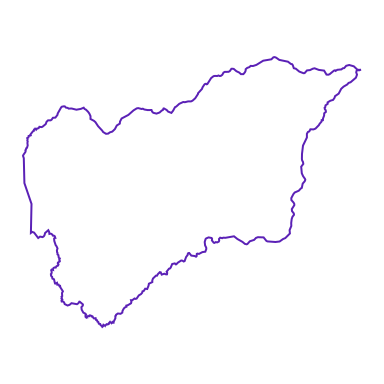 Lalaua, Nampula, Mozambique
{"feature_id": "85939544B71599092008043", "entity_name": "Lalaua", "entity_type": "district", "adm_level": 2, "iso_a3": "MOZ", "parent_name": "Mozambique", "parent_adm1": "Nampula", "projection": "natural_earth1", "projection_center": [37.97, -14.47], "detail": "fine", "context": "isolated", "style": "outline", "palette": "violet", "viewbox_px": 384, "rotation_deg": 0, "n_neighbors": 0, "source": "geoboundaries", "source_scale": "gbopen_adm2", "svg_char_len": 5846}
<svg xmlns="http://www.w3.org/2000/svg" viewBox="0 0 384 384"><path d="M263.2,60.7L256.4,64.9L253.0,66.0L250.6,65.9L249.4,67.1L247.2,67.9L245.7,69.2L245.6,70.8L244.9,72.3L243.4,74.1L240.9,74.1L239.3,72.6L236.4,71.2L233.7,68.9L232.0,68.7L231.4,68.8L229.9,71.0L228.6,71.8L224.7,71.9L223.5,72.6L222.3,74.8L220.8,75.9L219.6,76.0L218.5,75.5L217.2,76.0L214.9,75.9L213.5,76.2L211.1,78.1L207.3,84.1L206.6,84.3L206.0,83.8L205.2,83.9L204.4,84.5L202.5,87.4L202.0,88.9L198.0,93.3L198.0,94.0L195.2,98.3L192.5,100.7L191.0,101.4L188.1,101.4L184.9,102.2L183.2,102.0L179.3,103.8L176.2,106.6L175.0,107.2L173.1,110.7L171.4,112.9L168.1,111.6L166.7,110.0L163.9,108.4L163.5,108.5L162.8,110.1L161.8,110.5L159.6,112.5L156.5,113.6L153.3,112.8L152.1,111.6L151.5,110.0L147.8,110.1L144.3,109.5L142.8,108.7L141.7,109.0L138.2,108.1L136.7,108.4L133.5,110.4L128.4,114.9L121.6,118.5L120.0,121.6L119.8,123.6L116.8,125.5L114.9,129.1L112.3,131.6L109.8,132.4L108.2,133.6L106.0,133.8L103.1,132.0L102.2,130.6L98.1,126.2L95.4,122.1L93.9,120.8L90.5,119.0L90.5,116.1L89.3,113.5L88.0,111.7L86.0,109.7L84.5,108.9L83.7,107.7L80.8,108.9L76.4,109.7L71.6,108.5L68.6,108.6L67.7,107.9L65.9,107.6L64.8,106.4L63.9,106.3L61.9,106.7L61.2,107.3L57.7,113.5L57.5,114.8L55.4,117.6L52.9,117.8L51.6,119.7L50.7,120.3L48.1,120.3L46.6,121.7L45.7,124.1L42.4,126.8L41.4,127.1L39.4,126.8L38.6,128.2L37.2,128.5L36.4,129.4L36.2,128.8L35.2,128.6L34.9,129.3L34.3,129.3L33.9,129.8L33.9,130.8L33.1,131.1L30.8,134.0L30.4,134.6L30.6,135.1L30.2,135.1L30.1,135.6L28.6,136.0L28.4,137.5L27.2,138.1L27.6,139.6L27.3,140.6L27.7,141.4L27.4,143.0L27.7,145.3L27.0,147.8L26.2,148.3L26.2,148.8L25.4,150.3L25.7,150.8L25.4,152.0L23.5,154.7L23.0,155.8L23.8,158.2L24.4,183.1L31.5,203.9L30.9,232.9L32.2,231.9L34.1,232.6L38.2,238.0L40.1,236.6L42.6,237.1L43.8,236.3L44.5,235.2L45.1,233.0L48.3,230.2L49.1,231.8L49.4,233.9L50.4,233.6L51.4,233.9L52.4,234.7L52.8,235.6L54.2,235.8L54.8,236.3L55.3,237.9L54.6,237.9L54.1,238.6L54.3,241.0L55.7,245.2L56.5,246.2L57.5,248.4L56.9,250.3L57.1,252.3L57.5,252.9L57.5,254.4L58.4,255.1L58.7,257.4L59.2,258.3L59.8,258.5L59.2,259.9L59.7,260.5L59.8,261.4L57.9,262.6L57.8,263.7L58.5,264.3L58.1,265.5L56.4,266.3L55.7,267.6L54.8,267.4L53.6,267.9L52.9,269.3L53.0,269.8L52.0,269.4L51.4,269.8L51.2,270.5L51.6,271.3L51.7,272.9L50.9,274.1L51.2,274.7L51.0,275.4L51.4,276.3L52.1,276.8L52.4,278.6L54.0,279.3L55.0,283.5L55.4,283.6L57.0,282.8L57.3,284.7L58.6,284.6L59.5,286.2L60.1,286.0L60.4,287.4L62.9,291.3L62.0,293.0L62.2,296.1L61.5,296.8L61.9,297.9L61.5,298.6L62.3,299.4L61.5,300.6L61.7,301.5L62.9,301.4L64.1,302.4L64.7,304.1L67.6,305.5L69.6,304.8L71.5,303.2L77.0,304.2L78.4,303.2L79.3,301.7L79.7,301.7L82.9,304.4L82.8,305.6L81.4,307.2L81.7,309.7L83.3,312.6L85.3,313.6L86.0,314.4L85.5,315.0L85.5,316.8L86.0,317.2L85.6,317.2L86.4,317.6L86.5,316.9L87.3,316.2L89.2,316.2L89.3,315.6L89.9,315.3L91.5,315.9L91.7,316.5L92.5,316.4L93.1,317.5L94.1,318.5L95.6,318.2L96.0,319.9L97.1,320.3L97.4,321.6L98.3,322.0L98.8,323.7L100.2,324.0L100.6,325.2L101.7,325.9L102.3,326.9L102.9,326.4L102.9,325.5L103.5,325.4L103.6,324.9L104.8,325.7L104.8,325.4L105.7,325.2L106.6,324.2L107.6,324.5L108.8,324.0L108.9,323.7L108.6,323.5L110.0,321.9L110.4,322.5L111.1,322.5L111.5,323.1L112.2,322.3L112.4,322.8L113.6,322.7L113.6,321.9L115.4,318.2L115.3,316.1L115.9,315.7L116.1,314.7L117.9,313.5L120.6,313.8L122.3,312.6L122.5,311.0L123.4,309.2L124.5,307.7L126.5,306.7L126.3,305.6L128.0,305.1L131.0,303.3L131.4,301.9L131.0,300.2L132.3,300.2L134.5,298.5L135.3,298.9L136.6,298.6L138.8,295.4L141.0,294.1L142.2,292.7L142.5,291.3L143.8,290.9L145.2,288.7L147.2,289.0L148.5,285.8L148.9,283.7L152.3,282.1L152.3,280.4L153.0,278.5L155.9,275.7L157.0,275.7L157.7,274.4L158.7,273.2L159.4,272.9L159.7,272.2L160.7,272.3L161.7,274.6L164.3,273.7L166.1,274.4L167.0,274.3L167.2,272.9L166.6,271.7L169.0,268.7L169.9,268.5L170.7,267.6L172.2,264.0L174.8,263.4L175.8,264.4L176.3,264.3L177.8,262.7L181.2,260.5L182.5,260.7L183.7,261.5L184.6,261.1L186.1,257.0L187.7,254.9L187.7,254.1L188.3,253.1L189.2,253.0L191.3,255.6L194.6,256.0L196.0,256.7L196.6,256.2L196.8,253.9L197.4,253.6L199.0,253.9L202.4,252.1L205.3,251.7L206.3,249.0L206.2,247.6L205.1,245.4L204.7,242.0L205.6,239.0L206.2,238.4L208.6,237.4L211.6,238.0L212.1,238.9L211.9,240.4L213.7,242.7L214.5,242.9L215.7,242.1L217.2,242.4L218.8,241.6L219.2,240.6L219.0,239.0L220.2,237.7L222.2,238.2L223.2,237.7L225.4,237.8L234.0,236.3L237.4,239.0L242.5,241.9L244.9,243.9L246.7,244.3L247.4,244.0L249.8,241.3L254.1,239.9L256.0,237.9L257.9,237.2L263.6,237.4L266.4,240.9L267.4,241.4L275.4,242.0L279.6,241.5L283.1,239.0L285.3,238.1L289.9,233.5L289.6,230.1L291.3,226.0L291.2,223.0L291.7,219.0L292.5,216.7L294.0,214.8L293.8,213.4L292.0,211.1L291.8,209.1L294.3,205.2L294.3,204.0L293.6,202.6L291.4,200.1L291.3,198.1L293.4,194.1L294.7,192.5L298.8,190.7L300.8,188.5L301.8,187.9L302.7,183.6L304.7,181.3L305.3,179.8L305.0,178.9L303.1,176.2L301.8,173.3L301.2,166.7L303.3,163.9L303.0,162.0L302.1,160.3L301.9,159.0L302.0,153.9L303.0,145.6L306.9,137.5L306.9,133.8L307.9,132.0L309.3,131.4L310.4,129.3L313.5,129.4L315.5,128.6L318.9,125.1L319.6,123.8L321.6,121.5L321.7,120.1L322.9,120.1L323.0,118.5L324.1,115.6L324.2,113.3L325.9,111.9L325.7,110.2L324.9,109.3L324.6,107.8L325.2,107.3L325.5,105.4L327.7,103.8L327.6,102.4L330.4,100.7L333.1,99.9L334.6,97.7L335.0,96.2L338.7,93.6L341.2,88.8L343.6,86.6L347.2,84.5L348.6,82.9L350.5,82.3L355.9,77.7L357.0,74.7L356.2,72.3L356.6,70.7L357.3,70.2L359.2,70.3L361.0,69.7L358.9,69.9L357.3,69.6L353.8,66.3L349.2,65.0L346.2,65.8L344.2,68.1L342.8,68.3L341.4,69.4L337.3,69.8L335.6,70.9L335.0,70.3L334.0,70.6L329.6,74.2L328.4,74.7L326.5,74.6L324.1,70.6L318.8,69.9L314.6,68.3L312.8,68.7L310.0,70.1L307.0,70.4L304.6,73.1L303.5,73.2L299.3,71.6L295.8,68.7L293.8,68.2L292.8,65.2L292.1,64.2L290.8,63.9L288.0,61.7L279.3,59.9L276.2,57.7L274.7,57.1L273.4,57.3L271.4,59.3L263.2,60.7Z" fill="none" stroke="#5b21b6" stroke-width="2"/></svg>